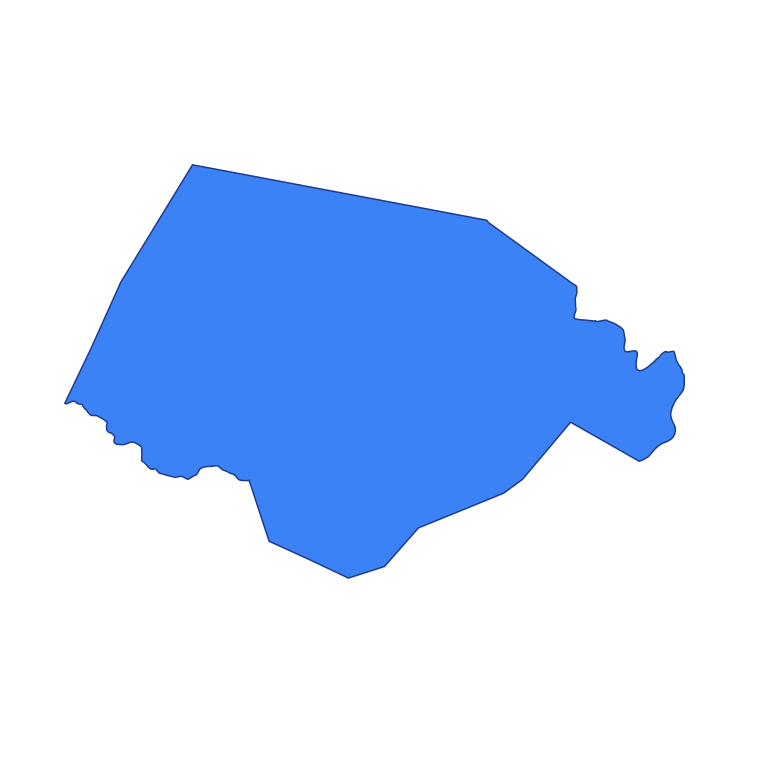 Reitoca, Francisco Morazán, Honduras, rotated 298°
{"feature_id": "27666195B70397594739312", "entity_name": "Reitoca", "entity_type": "district", "adm_level": 2, "iso_a3": "HND", "parent_name": "Honduras", "parent_adm1": "Francisco Morazán", "projection": "albers", "projection_center": [-87.44, 13.839], "detail": "fine", "context": "isolated", "style": "filled", "palette": "blue", "viewbox_px": 768, "rotation_deg": 298, "n_neighbors": 0, "source": "geoboundaries", "source_scale": "gbopen_adm2", "svg_char_len": 6135}
<svg xmlns="http://www.w3.org/2000/svg" viewBox="0 0 768 768"><g transform="rotate(298 384 384)"><path d="M533.2,644.3L533.3,643.7L533.5,643.1L533.7,642.6L534.0,642.2L534.2,641.9L534.5,641.7L534.9,641.4L535.5,641.1L535.8,640.9L536.5,640.2L537.1,639.5L537.6,638.7L538.1,637.9L538.4,637.3L538.8,636.2L539.1,635.6L540.4,633.6L541.9,631.4L542.6,630.6L543.0,630.2L543.3,629.9L544.7,628.8L545.7,627.9L546.8,626.9L548.3,625.4L548.5,625.1L548.6,624.8L548.7,624.7L548.7,624.4L548.5,624.0L548.3,623.5L547.6,622.6L547.1,621.9L546.2,621.0L545.8,620.4L545.3,619.4L545.1,618.9L545.0,618.5L545.1,617.9L545.0,617.6L544.8,617.3L544.4,616.9L543.8,616.5L542.9,616.0L541.9,615.6L540.7,615.1L540.2,614.9L539.8,614.8L539.2,614.7L538.5,614.7L538.0,614.7L537.5,614.6L537.1,614.5L536.3,614.1L535.2,613.5L534.5,613.1L533.5,612.8L531.6,612.3L530.4,611.9L525.9,610.2L523.1,609.1L522.5,608.8L521.4,608.2L520.0,607.4L519.2,606.9L517.6,605.7L517.0,605.1L516.6,604.7L516.3,604.3L516.0,603.8L515.8,603.4L515.6,602.9L515.5,602.4L515.4,601.9L515.4,601.5L515.5,601.0L515.6,600.7L515.8,600.4L516.2,599.9L516.7,599.4L517.7,598.7L518.8,597.9L520.2,597.1L521.4,596.5L524.0,595.5L524.8,595.2L527.2,594.5L528.4,594.1L529.2,593.7L529.8,593.4L530.3,593.0L530.7,592.7L530.9,592.4L531.1,592.1L531.2,591.8L531.3,591.6L531.3,591.2L531.3,590.9L531.3,590.6L531.2,590.3L530.7,589.3L530.4,588.7L529.8,588.0L529.0,587.0L528.3,586.1L527.3,584.6L526.6,583.5L526.3,582.8L526.2,582.4L526.2,582.2L526.1,581.6L526.2,581.4L526.3,581.1L526.7,580.6L527.2,580.1L528.2,579.3L528.9,578.8L529.4,578.6L535.3,576.6L535.7,576.4L539.3,573.8L541.6,572.0L542.9,571.0L543.6,570.3L544.0,569.7L544.3,569.1L544.6,568.3L544.8,567.5L545.0,566.9L545.3,564.9L545.4,563.0L545.5,560.7L545.5,558.9L545.5,558.0L545.4,557.0L545.0,554.6L544.9,553.2L544.8,552.1L544.9,550.7L544.8,550.2L544.6,549.9L544.4,549.5L542.7,547.3L540.1,544.1L539.3,542.9L539.0,542.4L538.9,542.0L538.8,541.6L538.9,541.4L539.1,541.1L538.4,540.1L538.1,539.6L537.9,539.1L535.3,532.6L534.3,530.2L533.5,528.6L533.2,527.9L532.3,525.3L531.5,523.0L531.3,522.2L531.3,521.7L531.3,521.4L531.5,521.2L532.2,520.7L533.7,520.0L534.9,519.5L535.6,519.3L536.8,519.3L538.2,519.1L539.0,518.9L539.5,518.7L540.2,518.3L540.7,518.0L541.7,517.2L542.3,516.8L542.9,516.4L544.2,515.8L545.4,515.0L548.6,513.1L549.2,512.8L549.8,512.6L550.6,512.4L553.9,511.8L554.6,511.7L555.1,511.4L557.8,509.9L559.2,509.3L559.5,509.1L560.0,508.7L560.3,508.4L560.6,507.9L560.8,507.5L561.0,506.7L561.1,506.0L561.1,505.3L561.0,504.5L575.6,400.4L576.8,397.8L487.6,112.0L350.2,103.8L277.9,108.6L217.6,111.2L217.1,111.2L217.2,112.0L217.3,112.4L217.5,112.8L217.7,113.2L218.5,114.0L219.2,114.5L221.9,116.5L222.2,116.7L222.5,117.0L222.9,117.9L223.3,118.6L223.5,119.4L223.6,119.8L223.6,120.2L223.5,120.4L223.1,121.0L222.9,121.5L222.9,122.0L222.9,122.9L222.9,123.4L223.1,123.8L223.2,124.3L223.7,125.3L223.9,126.1L224.1,126.8L224.1,127.1L224.0,127.4L223.5,127.9L223.3,128.3L222.5,130.0L221.8,131.3L221.5,131.9L221.5,132.2L221.5,133.0L221.4,133.4L221.1,134.1L220.5,135.0L220.2,135.5L219.6,137.0L219.3,137.7L219.1,138.3L219.0,139.0L218.9,139.5L218.9,140.2L219.0,140.7L219.8,142.4L221.0,144.6L221.1,145.1L221.2,145.7L221.3,146.5L221.3,147.5L221.2,150.5L221.1,152.7L220.9,153.9L220.8,155.5L220.5,156.3L220.3,157.0L220.1,157.2L220.0,157.4L219.6,157.8L219.1,158.0L218.7,158.2L217.7,158.4L217.0,158.6L216.5,158.8L215.2,159.5L214.6,159.8L214.1,160.2L213.5,160.8L213.0,161.3L212.7,161.8L212.5,162.3L212.3,163.0L212.2,163.6L212.2,164.0L212.2,164.5L212.3,164.9L212.5,165.4L212.6,165.8L212.6,166.3L212.5,166.9L212.3,167.8L212.0,168.8L211.8,169.6L211.4,170.3L211.2,170.6L211.0,170.8L210.7,171.1L210.4,171.2L209.7,171.5L209.0,171.7L208.6,171.8L207.8,171.9L207.3,172.1L206.8,172.3L206.3,172.6L205.9,173.1L205.8,173.4L205.6,173.7L205.4,174.5L205.3,175.4L205.4,176.2L205.4,176.6L205.5,176.8L206.2,178.3L207.1,180.5L207.6,181.5L208.0,182.1L208.3,182.5L208.7,183.0L209.6,184.0L210.6,184.9L212.4,186.4L213.7,187.7L214.2,188.4L214.6,189.1L214.8,189.7L215.0,190.5L215.1,191.1L215.2,192.2L215.2,193.9L215.2,195.3L215.1,196.5L215.0,197.5L214.9,198.3L214.7,198.7L214.6,199.1L214.4,199.5L214.2,199.6L214.0,199.9L213.8,200.0L211.3,201.4L209.6,202.4L208.3,203.3L207.6,203.7L207.2,203.9L206.0,204.3L205.4,204.5L204.7,204.9L203.9,205.2L202.8,205.9L202.6,206.1L202.4,206.3L202.3,206.6L202.2,207.0L202.2,207.8L202.2,208.3L201.7,210.4L201.4,211.2L200.8,212.8L200.2,214.3L199.7,216.0L199.5,216.7L199.5,217.3L199.5,218.0L199.6,218.7L199.8,219.3L200.1,219.8L200.4,220.3L200.7,220.5L201.2,220.8L201.4,221.0L201.6,221.5L201.7,222.0L201.7,222.6L201.5,223.2L200.9,224.7L200.3,226.1L200.0,226.7L199.9,227.1L199.9,227.7L200.0,228.2L200.1,228.8L200.5,230.1L200.7,230.9L201.4,234.9L203.5,243.3L203.6,243.5L203.7,243.8L204.6,244.7L205.2,245.5L207.1,247.9L207.3,248.2L207.5,248.5L207.6,249.1L207.6,249.8L207.7,255.0L207.8,255.5L208.3,256.0L208.7,256.3L211.0,257.6L213.9,259.3L214.4,259.7L215.2,260.5L215.4,260.7L215.7,260.9L216.3,261.0L218.3,261.2L219.7,261.3L221.2,261.2L222.0,261.3L222.5,261.4L223.1,261.6L223.6,261.9L224.4,262.4L225.0,263.0L226.0,263.9L226.8,264.8L227.5,265.8L228.0,266.4L228.7,267.6L229.8,269.6L230.7,271.0L231.6,272.2L232.7,273.6L233.1,274.3L233.4,274.8L233.5,275.3L233.6,275.7L233.6,276.5L233.5,277.1L233.4,277.6L233.3,278.2L233.2,278.6L232.9,279.4L232.7,279.9L232.6,280.6L232.5,281.6L233.1,288.0L233.1,288.4L233.0,289.5L233.0,290.3L233.1,291.0L233.4,292.1L233.5,292.8L233.5,293.6L233.5,294.7L233.5,295.2L233.3,295.8L233.1,296.3L232.7,297.1L232.4,297.6L232.1,298.6L231.8,299.4L231.6,300.0L231.5,300.5L231.5,301.1L231.5,301.6L231.6,302.2L231.7,302.5L232.0,303.5L232.5,304.7L233.7,307.0L234.6,308.9L234.8,309.3L235.6,310.2L191.2,356.4L193.9,400.1L195.9,443.6L223.1,470.1L273.2,482.0L343.8,540.9L365.0,551.1L437.9,566.7L435.6,645.6L438.9,648.4L441.5,650.1L444.2,651.6L448.5,652.6L453.3,653.6L458.2,655.3L462.5,657.8L465.9,660.7L469.3,663.0L472.3,664.1L476.0,664.2L480.0,663.1L483.1,660.8L486.2,656.6L488.6,653.8L491.1,651.7L494.0,650.5L498.3,649.5L503.1,649.1L507.6,649.3L512.3,650.2L519.0,651.1L521.7,650.4L524.5,649.4L527.2,648.0L529.6,646.6L531.6,645.5L533.2,644.3Z" fill="#3b82f6" stroke="#1e3a8a" stroke-width="1.5"/></g></svg>